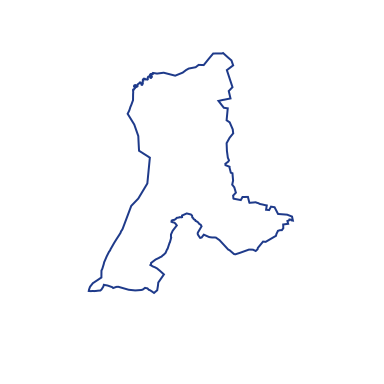 outline of Nangere, Yobe, Nigeria, rotated 29°
{"feature_id": "59680162B90533313280833", "entity_name": "Nangere", "entity_type": "district", "adm_level": 2, "iso_a3": "NGA", "parent_name": "Nigeria", "parent_adm1": "Yobe", "projection": "mercator", "projection_center": [10.961, 11.807], "detail": "fine", "context": "isolated", "style": "outline", "palette": "blue", "viewbox_px": 384, "rotation_deg": 29, "n_neighbors": 0, "source": "geoboundaries", "source_scale": "gbopen_adm2", "svg_char_len": 4570}
<svg xmlns="http://www.w3.org/2000/svg" viewBox="0 0 384 384"><g transform="rotate(29 192 192)"><path d="M166.6,61.3L162.7,57.8L157.9,56.8L155.3,56.2L151.8,55.4L151.2,56.2L143.4,60.6L142.1,67.3L140.7,75.3L136.2,77.6L134.7,81.1L129.3,85.6L127.7,88.2L126.0,92.1L120.9,98.4L109.4,101.4L104.0,105.4L100.1,106.8L100.0,107.0L100.0,107.3L100.1,107.6L100.4,107.8L100.5,108.0L100.3,108.2L100.0,108.3L99.6,108.3L99.3,108.5L99.0,108.6L98.7,108.8L98.6,109.0L98.5,109.4L99.0,109.5L99.4,109.6L99.8,109.9L100.0,110.1L100.2,110.3L100.4,110.3L100.6,110.3L100.8,110.4L101.0,110.6L101.1,110.8L101.1,111.0L100.9,111.4L100.8,111.6L100.9,112.0L100.7,112.2L100.2,112.2L99.9,111.7L99.7,111.2L99.6,110.9L99.5,110.7L99.2,110.7L98.9,110.7L98.7,110.8L98.6,111.3L98.5,111.7L98.4,112.0L98.2,112.1L97.9,112.2L97.8,112.5L97.8,113.0L97.9,113.5L98.0,113.9L98.2,114.1L98.4,114.3L98.4,114.5L98.6,114.7L98.7,114.9L98.6,115.1L98.4,115.4L97.8,115.5L97.2,115.8L96.8,116.1L96.5,116.1L96.4,115.9L95.9,115.8L95.0,116.2L95.0,116.5L95.1,116.8L94.8,117.0L94.5,117.3L94.5,117.5L94.7,117.8L95.1,118.1L95.4,118.3L95.1,118.8L95.3,119.3L95.6,119.7L95.9,120.2L96.1,120.6L96.4,121.0L96.3,121.6L96.5,122.0L96.5,122.4L96.3,122.6L95.9,122.7L95.5,122.4L95.2,122.0L94.9,121.6L94.5,121.4L94.1,121.4L93.8,121.2L93.4,121.3L93.2,121.7L93.4,122.2L93.2,122.5L92.6,123.5L92.3,124.4L92.3,124.7L92.6,125.1L93.0,125.6L93.1,126.0L92.6,126.9L92.1,126.7L91.7,126.7L91.6,126.4L91.6,126.1L91.3,125.9L90.9,125.9L90.7,125.9L90.4,126.2L90.0,126.5L89.9,126.8L89.9,127.3L90.0,127.6L90.2,127.9L90.7,128.0L91.3,127.9L91.5,128.3L91.8,128.7L91.7,129.2L91.4,129.8L91.5,130.3L91.5,130.7L90.9,131.1L91.3,131.9L92.2,133.2L93.0,134.9L95.9,140.3L96.7,145.4L96.9,147.5L97.5,150.4L97.5,150.7L97.6,151.0L97.7,152.6L97.8,154.8L108.8,161.0L117.9,169.1L120.3,173.0L124.1,179.1L125.7,181.6L138.5,182.4L139.7,185.2L147.2,202.5L148.8,206.2L148.2,223.8L145.6,233.6L149.2,257.9L149.2,259.5L149.0,260.9L149.3,262.2L149.2,264.4L148.8,270.2L148.6,274.2L148.5,281.8L148.7,282.8L148.4,284.4L148.5,287.1L148.6,289.8L148.8,291.5L149.0,293.5L149.2,295.7L149.2,295.9L149.8,298.0L150.2,299.9L150.8,302.7L150.9,304.6L154.2,310.7L149.5,319.8L148.8,324.1L148.8,324.5L149.0,325.8L149.3,327.4L149.7,328.6L151.5,327.8L153.3,326.6L154.5,326.1L156.4,324.8L157.6,323.9L159.6,322.6L160.1,321.2L160.3,317.8L159.9,315.9L161.8,315.3L162.9,314.9L164.2,314.6L168.5,313.9L169.6,314.2L171.9,311.6L173.6,310.6L184.0,308.2L190.1,305.6L195.0,302.4L196.2,301.3L197.4,298.6L198.3,298.4L199.0,298.1L199.3,298.0L199.8,297.9L201.7,298.5L202.1,298.4L202.4,298.3L203.4,298.3L205.0,298.4L207.7,298.7L209.2,294.8L207.7,290.6L206.4,287.5L207.4,277.7L201.4,276.3L200.5,276.2L198.7,275.8L196.1,275.8L194.0,276.1L191.0,276.0L191.1,274.8L190.6,273.9L192.9,268.7L195.3,265.3L195.3,265.1L196.7,263.2L197.1,261.6L197.5,261.1L198.4,258.1L198.0,254.2L198.2,253.6L197.0,247.3L197.1,246.9L195.9,241.9L195.5,241.7L194.2,239.3L193.9,235.2L194.9,228.6L193.9,228.1L192.3,227.5L191.2,227.4L189.5,227.9L188.5,228.0L188.1,226.8L189.0,225.7L190.1,224.9L190.8,223.6L191.2,222.0L192.5,221.0L192.8,220.7L193.1,220.5L193.1,220.4L193.2,220.2L193.5,219.9L194.0,219.7L195.0,219.3L195.3,219.0L195.5,218.8L194.7,217.4L197.8,213.3L201.9,212.2L203.5,212.6L204.6,214.1L205.8,214.3L206.4,214.8L207.4,215.0L208.3,214.9L209.2,215.6L210.0,215.4L212.0,215.6L213.9,216.4L215.5,216.4L217.0,217.4L216.8,224.6L217.0,225.4L217.3,225.8L217.7,226.3L218.2,226.6L219.9,227.5L221.4,228.2L222.5,227.1L223.0,223.6L228.8,223.1L231.0,222.3L232.4,221.6L233.8,220.8L235.0,220.3L238.6,220.7L239.2,220.7L251.6,224.8L253.1,224.7L258.8,225.9L260.1,225.5L263.3,222.1L269.7,214.8L273.2,212.9L276.3,212.7L277.1,210.3L276.7,209.0L277.6,204.1L278.2,200.9L280.6,199.9L283.9,194.3L285.5,191.6L286.7,189.6L286.2,187.8L286.1,185.9L286.0,184.3L287.3,182.9L289.1,181.8L289.4,179.4L287.5,176.2L291.5,173.2L289.5,171.1L290.6,169.8L290.5,168.8L291.8,168.3L292.7,168.6L294.1,168.1L291.4,165.0L286.2,165.7L277.9,169.5L271.6,165.3L268.2,166.5L268.2,170.4L265.4,171.6L263.9,167.5L262.1,168.1L259.6,168.8L257.1,169.6L255.4,169.6L253.8,170.0L252.7,170.1L250.8,171.4L247.5,173.6L247.3,173.5L243.3,169.2L238.6,171.9L238.6,175.4L231.6,177.7L231.4,177.6L229.7,175.2L230.7,171.3L226.7,167.4L223.6,166.1L222.4,162.1L218.3,156.0L216.6,156.3L213.2,152.7L212.6,151.7L208.3,152.3L207.5,151.2L209.0,147.8L209.0,146.4L206.7,144.6L202.6,139.1L198.6,132.5L198.6,126.3L199.6,120.7L199.2,120.2L197.3,117.5L191.2,112.8L187.5,112.5L182.7,101.5L179.0,102.9L171.0,99.5L174.6,96.3L175.4,95.7L180.3,91.5L175.2,85.9L176.6,80.7L163.4,68.5L166.6,61.3Z" fill="none" stroke="#1e3a8a" stroke-width="2"/></g></svg>